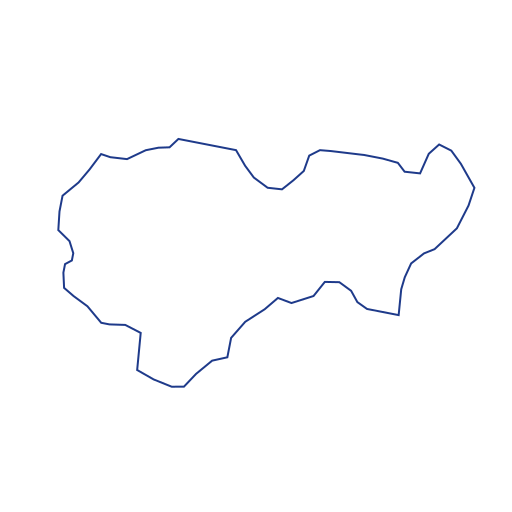 Sejong-si, North Chungcheong, South Korea (Robinson projection), rotated 101°
{"feature_id": "91817680B40148089014896", "entity_name": "Sejong-si", "entity_type": "district", "adm_level": 2, "iso_a3": "KOR", "parent_name": "South Korea", "parent_adm1": "North Chungcheong", "projection": "robinson", "projection_center": [127.26, 36.564], "detail": "fine", "context": "isolated", "style": "outline", "palette": "blue", "viewbox_px": 512, "rotation_deg": 101, "n_neighbors": 0, "source": "geoboundaries", "source_scale": "gbopen_adm2", "svg_char_len": 1070}
<svg xmlns="http://www.w3.org/2000/svg" viewBox="0 0 512 512"><g transform="rotate(101 256 256)"><path d="M286.8,104.7L260.9,107.1L248.5,105.9L233.7,102.3L221.4,91.6L215.2,82.0L190.5,64.1L165.9,57.0L147.4,54.6L126.4,72.5L115.3,84.4L111.6,97.5L122.7,105.9L143.6,110.7L144.9,126.2L137.5,134.5L136.2,150.1L136.2,169.2L136.6,174.1L138.7,202.6L139.9,213.4L147.3,222.9L163.4,225.3L174.5,233.7L185.6,243.2L186.8,257.6L179.4,273.1L169.5,283.9L155.9,295.8L155.9,315.0L155.9,340.1L155.9,354.5L165.8,361.6L168.3,372.4L173.2,384.4L185.5,401.1L186.8,417.9L185.5,427.5L202.8,435.9L217.7,444.2L233.7,457.4L249.8,457.4L268.3,455.0L277.0,441.9L288.1,435.9L295.5,435.9L300.4,441.9L309.1,441.9L323.9,438.3L330.1,427.5L337.5,411.9L351.1,395.2L351.1,386.8L348.6,371.2L353.5,354.5L365.9,353.3L390.6,350.9L396.7,332.9L400.4,313.8L398.0,301.8L383.1,292.3L367.1,279.1L360.9,264.8L341.1,264.8L322.6,254.0L306.6,237.3L293.0,226.5L295.4,212.2L284.3,191.9L268.3,183.5L265.8,169.2L272.0,156.0L281.9,147.7L286.8,136.9L286.8,115.4L286.8,104.7Z" fill="none" stroke="#1e3a8a" stroke-width="2"/></g></svg>